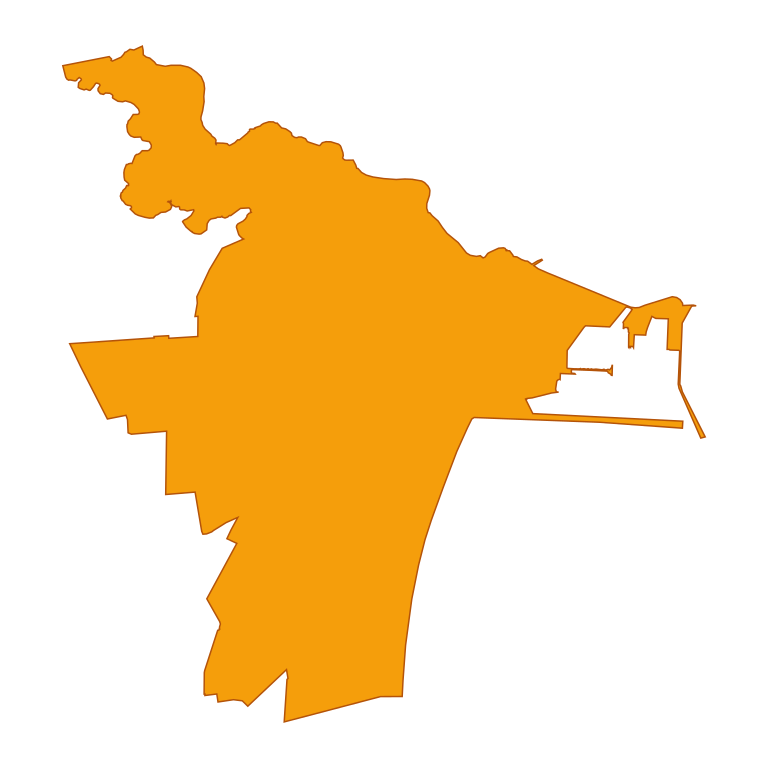 the district of Navodari, Constanta, Romania
{"feature_id": "2599482B88144558423890", "entity_name": "Navodari", "entity_type": "district", "adm_level": 2, "iso_a3": "ROU", "parent_name": "Romania", "parent_adm1": "Constanta", "projection": "equal_earth", "projection_center": [28.615, 44.33], "detail": "fine", "context": "isolated", "style": "filled", "palette": "amber", "viewbox_px": 768, "rotation_deg": 0, "n_neighbors": 0, "source": "geoboundaries", "source_scale": "gbopen_adm2", "svg_char_len": 6042}
<svg xmlns="http://www.w3.org/2000/svg" viewBox="0 0 768 768"><path d="M65.7,77.1L67.0,79.2L68.7,80.2L69.9,79.9L75.1,80.9L76.6,80.4L77.0,79.4L79.2,77.5L81.1,78.8L81.4,79.8L78.6,82.8L78.2,87.3L79.9,88.5L84.1,89.9L86.2,89.1L89.3,90.4L90.3,90.2L93.5,86.7L95.6,83.4L96.7,83.1L98.7,83.7L99.7,84.4L100.0,85.4L98.0,88.6L98.1,90.8L100.3,93.7L103.5,94.4L105.5,93.0L110.0,93.3L112.1,94.7L112.8,95.7L112.5,97.5L113.0,98.3L118.0,101.3L122.6,101.8L125.4,100.9L130.9,102.5L134.1,104.4L138.3,108.8L139.3,111.2L139.4,112.5L138.9,113.8L137.8,114.4L133.2,114.5L130.3,119.0L128.2,121.1L127.6,123.9L127.0,124.5L126.9,126.8L127.6,131.7L129.3,134.5L130.8,136.0L134.2,137.3L140.7,137.0L142.0,139.8L142.9,140.5L149.4,141.7L151.3,145.0L151.2,147.8L149.0,150.2L147.7,150.7L142.2,150.7L139.9,153.2L138.0,154.3L136.4,154.5L135.0,155.9L132.0,163.5L130.7,163.3L128.5,163.8L127.4,164.6L126.4,164.5L124.4,169.5L123.9,172.6L124.1,177.1L124.7,180.2L128.5,183.5L128.6,185.4L128.0,185.8L127.1,185.4L126.6,185.7L125.6,188.0L123.0,190.4L122.4,192.1L121.2,192.9L120.4,195.9L120.8,195.9L120.7,197.8L122.2,200.6L123.1,201.0L125.6,204.3L127.8,205.3L130.5,205.7L131.4,206.5L131.5,207.8L130.2,209.0L135.2,213.9L138.3,215.4L145.0,217.3L149.3,218.1L153.4,217.9L155.8,215.3L157.7,214.6L161.0,212.4L165.6,212.0L170.4,209.4L171.7,206.7L171.4,205.4L169.7,202.4L167.8,201.8L168.2,201.3L170.6,201.4L170.9,200.9L171.1,201.7L170.6,202.1L170.5,202.8L171.7,204.7L175.8,206.9L178.9,206.5L179.5,207.0L179.7,209.0L180.7,209.8L184.2,209.9L187.2,211.0L193.6,209.7L193.9,210.9L191.1,215.5L186.8,218.9L184.4,219.9L182.6,221.4L182.7,221.9L186.2,227.2L190.9,231.2L192.1,231.6L192.1,232.2L194.6,233.5L199.1,234.1L201.0,233.9L206.7,229.9L207.2,223.6L209.2,220.3L211.2,218.9L215.8,218.1L217.5,217.2L220.7,217.2L221.9,216.3L222.3,217.1L225.0,218.0L227.7,217.0L229.4,215.5L230.7,215.6L240.5,208.4L249.0,207.9L250.7,209.7L250.4,211.2L251.3,212.3L248.9,213.4L247.6,214.7L247.0,215.4L247.0,216.5L245.3,219.1L242.9,221.2L238.0,223.8L236.7,225.4L236.4,227.1L238.6,234.2L239.3,235.5L242.0,238.1L243.6,239.0L222.2,248.3L209.5,269.6L196.8,296.8L197.3,303.2L195.0,316.5L198.0,316.3L197.8,336.5L168.8,338.3L168.6,335.7L154.0,336.5L154.2,337.9L69.7,343.7L80.8,366.9L107.4,419.0L126.0,415.3L127.5,419.6L128.1,432.8L131.4,434.2L166.6,431.2L165.7,494.5L195.1,492.1L201.7,531.3L202.9,534.2L206.6,533.9L211.7,531.9L213.6,530.4L226.1,522.6L237.8,517.4L231.0,530.0L226.9,538.7L236.8,543.4L206.8,598.8L219.7,621.6L220.4,624.0L219.5,627.1L219.6,629.0L219.2,628.9L218.8,630.2L217.7,630.3L204.7,670.5L204.3,672.6L204.1,694.1L205.0,694.1L204.9,695.5L216.8,694.0L218.0,702.0L233.5,699.7L242.3,700.8L247.8,706.2L286.5,669.6L288.0,678.5L287.0,679.4L284.2,721.9L380.5,696.6L402.2,696.5L403.0,680.5L405.6,645.1L411.8,599.0L418.6,565.0L425.0,539.7L431.3,520.2L443.3,487.1L456.8,451.5L467.4,427.9L471.8,419.0L474.1,417.5L598.7,422.2L682.4,428.2L682.8,421.2L532.8,413.6L525.2,398.4L526.1,399.7L526.7,399.4L526.5,398.7L527.1,398.4L532.1,397.9L551.5,393.0L558.6,392.1L556.3,391.8L555.6,389.1L556.8,381.1L557.8,380.0L559.7,379.2L560.1,379.5L560.4,373.5L575.2,374.1L574.8,373.5L571.6,373.1L571.3,372.2L571.5,369.6L590.8,370.3L606.7,371.1L607.7,371.5L608.2,372.7L610.9,374.3L611.3,375.3L612.1,375.4L612.4,365.4L611.5,365.3L612.0,365.5L611.7,367.3L609.6,369.9L608.0,369.3L606.3,369.9L604.6,369.9L604.0,369.2L602.1,369.8L596.0,369.1L592.6,369.4L591.7,368.9L589.4,369.3L588.1,368.7L586.5,369.2L584.0,368.7L581.1,369.0L580.5,368.5L579.4,368.9L574.2,368.8L567.6,368.4L566.9,367.8L567.2,350.4L583.9,327.4L585.5,325.8L609.7,326.9L625.9,307.2L627.4,307.1L631.5,308.4L631.2,308.9L632.1,309.5L631.0,311.3L623.0,322.3L623.5,323.7L623.3,328.4L623.8,328.5L624.3,327.5L627.8,327.6L628.1,328.2L627.8,328.8L628.4,329.1L628.4,332.0L629.2,332.9L628.7,334.3L628.6,347.3L628.9,347.7L629.1,346.6L629.5,346.4L630.3,346.4L630.1,347.2L630.5,347.5L630.6,346.4L632.9,346.5L633.5,347.6L634.3,334.7L645.7,335.1L646.2,331.8L647.6,327.4L651.9,316.4L655.7,318.4L668.3,318.8L667.1,349.4L669.0,349.4L669.9,350.0L678.9,350.3L679.7,351.0L678.2,384.1L679.0,388.3L700.8,438.1L705.2,436.9L682.4,391.9L680.7,385.9L679.8,384.4L682.2,323.1L691.4,306.6L692.3,306.0L696.2,305.8L693.2,305.1L682.8,305.5L682.5,303.2L680.1,299.7L676.7,297.5L672.3,296.7L645.0,305.2L639.2,307.5L635.2,307.8L630.8,307.2L547.0,272.7L538.2,268.8L533.8,265.6L542.3,260.2L541.7,259.3L537.6,260.9L531.9,264.3L527.6,261.2L525.1,260.9L521.4,259.5L516.9,256.9L513.4,256.5L512.8,255.0L509.6,250.8L507.8,250.7L506.9,250.0L505.7,251.2L506.4,250.3L505.1,248.4L503.5,247.8L498.6,248.2L489.3,252.5L487.7,253.5L485.1,257.0L483.1,257.9L480.3,255.7L476.4,256.4L470.3,255.3L466.5,253.0L458.2,242.6L447.0,233.4L442.3,227.3L438.1,221.0L432.1,215.7L429.9,212.9L428.2,212.6L426.7,208.3L426.8,203.6L429.5,195.2L429.9,190.7L429.5,188.9L428.0,186.1L424.6,182.6L421.7,181.0L412.2,179.3L404.8,179.0L396.2,179.5L383.8,178.6L373.0,177.0L366.3,175.1L361.6,172.5L358.0,168.5L356.7,168.3L355.8,165.1L353.2,160.1L346.5,160.2L344.8,160.0L343.4,159.0L342.6,158.0L343.3,155.6L342.9,152.6L341.0,147.1L340.3,145.7L338.6,144.2L330.8,141.8L326.0,141.7L322.3,142.7L319.9,145.5L318.8,145.5L308.5,142.1L307.3,141.5L305.5,138.7L301.4,137.0L298.6,137.0L296.9,137.7L294.7,137.4L292.0,135.6L291.4,133.1L289.9,131.6L285.8,128.9L281.6,127.9L277.2,123.1L275.7,123.2L273.3,121.9L268.9,121.8L263.6,123.5L261.4,124.8L260.5,125.9L255.1,127.7L254.6,128.1L254.9,128.5L253.5,129.1L250.1,129.1L249.5,129.6L249.5,131.3L248.1,132.1L247.8,132.9L239.6,139.8L237.6,139.9L234.8,142.7L229.7,145.5L228.5,145.0L227.2,143.7L223.2,143.2L216.8,143.0L216.1,144.4L215.6,143.5L216.0,140.1L214.8,138.2L211.9,136.1L210.8,134.2L205.1,129.1L202.7,125.3L202.1,122.4L200.9,119.5L201.0,116.9L202.6,111.0L204.1,101.7L203.8,96.5L204.6,88.6L203.9,83.0L201.2,76.7L196.6,72.4L190.8,68.3L188.0,67.0L180.6,65.3L170.9,65.3L165.3,66.3L156.4,64.6L154.5,62.1L149.8,58.1L146.3,57.1L143.3,54.8L143.1,50.1L142.3,46.1L133.9,50.0L129.9,49.3L126.4,51.8L124.9,52.3L123.6,54.4L121.1,57.2L112.3,61.1L111.0,60.3L111.6,59.1L109.2,56.6L62.8,65.7L65.7,77.1Z" fill="#f59e0b" stroke="#b45309" stroke-width="1.5"/></svg>